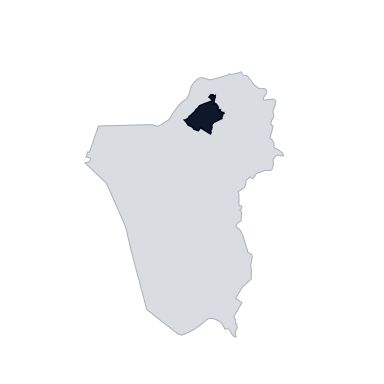 location of Al-Hatra, Ninawa, Iraq, rotated 32°
{"feature_id": "34846034B76064773860715", "entity_name": "Al-Hatra", "entity_type": "district", "adm_level": 2, "iso_a3": "IRQ", "parent_name": "Iraq", "parent_adm1": "Ninawa", "projection": "equal_earth", "projection_center": [42.575, 35.589], "detail": "fine", "context": "in_parent", "style": "filled", "palette": "ink", "viewbox_px": 384, "rotation_deg": 32, "n_neighbors": 0, "source": "geoboundaries", "source_scale": "gbopen_adm2", "svg_char_len": 5947}
<svg xmlns="http://www.w3.org/2000/svg" viewBox="0 0 384 384"><g transform="rotate(32 192 192)"><path d="M160.8,72.1L163.0,71.5L167.1,67.9L169.5,64.5L170.3,64.2L172.4,65.3L173.9,65.6L177.5,64.3L179.6,65.0L181.3,65.8L182.3,65.9L187.1,68.0L188.2,68.3L190.7,68.5L194.3,68.6L196.7,67.3L198.3,65.9L199.5,66.0L200.6,66.3L201.6,66.8L202.4,67.8L202.8,69.2L202.7,73.8L203.0,75.0L203.7,75.8L204.5,76.0L205.5,75.0L207.2,73.6L209.3,72.0L210.9,70.6L211.8,70.0L213.2,70.1L214.6,70.4L215.4,71.1L215.4,71.3L216.2,73.4L218.1,81.3L219.2,82.3L220.4,83.2L221.3,84.4L221.7,85.6L221.6,87.4L221.6,89.6L222.2,91.2L222.9,92.5L223.5,93.1L224.5,93.1L225.7,93.4L226.5,94.7L229.1,103.8L229.4,105.0L230.4,105.3L232.1,105.2L233.9,106.1L235.9,107.6L237.7,110.4L238.9,110.8L242.7,110.4L247.8,110.9L250.3,112.3L250.0,113.2L248.2,114.2L244.9,115.3L244.0,117.3L243.5,119.8L243.6,121.3L244.4,122.8L246.8,126.0L246.9,127.1L247.4,128.7L247.8,129.8L247.4,131.9L245.3,133.3L242.5,134.9L237.0,141.9L236.7,143.4L236.7,147.6L236.2,148.7L234.4,148.7L233.1,148.5L233.0,150.0L232.1,151.9L231.7,153.6L233.8,157.6L234.1,159.7L233.8,161.6L232.0,164.9L230.9,167.2L231.2,167.7L232.6,168.6L237.4,175.9L238.9,178.5L240.8,177.8L241.6,177.8L242.1,178.3L242.5,179.1L242.5,180.2L242.1,181.9L244.6,182.5L245.5,184.2L248.5,189.9L248.4,191.6L247.0,194.4L247.0,196.2L247.4,197.8L247.8,198.3L252.1,198.6L254.0,199.2L258.5,202.1L263.6,206.7L267.9,210.3L271.5,213.5L275.3,213.3L276.3,213.8L277.3,214.8L278.5,217.4L280.7,223.3L282.6,225.2L285.6,229.9L288.4,234.3L286.7,240.3L285.1,246.6L285.2,254.7L285.3,259.0L289.0,259.2L293.1,259.4L293.2,264.6L293.3,269.8L293.5,275.8L294.7,276.0L296.6,277.3L297.5,279.2L298.5,280.3L299.8,280.5L301.0,281.4L302.3,283.1L302.7,284.5L302.4,285.3L302.7,286.9L303.6,289.2L304.7,290.2L306.3,291.5L304.1,292.3L301.8,291.7L296.7,289.1L295.1,289.0L293.0,290.0L292.9,290.9L287.6,288.0L285.6,287.4L285.0,287.3L281.9,287.3L277.6,287.9L275.1,289.1L273.4,290.3L272.6,291.6L272.3,292.2L271.0,295.9L269.5,300.6L267.9,304.9L264.7,310.9L263.0,313.6L259.2,318.8L255.1,319.8L245.5,318.8L234.8,317.7L224.2,316.6L216.3,315.7L215.7,315.4L207.9,308.1L201.7,302.3L194.0,295.1L186.1,287.7L178.1,280.3L172.4,274.8L165.4,267.9L159.0,261.5L154.0,256.6L147.6,252.2L142.6,248.8L135.3,243.8L129.5,239.9L124.5,236.5L116.8,231.3L114.3,229.8L106.3,228.1L98.8,226.6L91.0,225.1L85.8,224.1L89.3,220.4L88.3,217.1L85.8,217.7L83.5,218.5L82.2,213.3L83.9,212.7L82.4,205.9L80.8,199.0L79.3,192.4L77.7,185.6L84.3,181.2L89.3,177.9L96.2,173.4L102.8,169.0L109.1,164.8L116.1,160.2L122.3,156.1L128.0,154.5L129.2,153.2L131.8,147.6L134.0,142.8L134.1,141.7L134.2,134.9L134.6,127.0L135.3,122.8L136.6,119.0L137.8,116.3L137.9,113.8L137.8,111.2L136.6,107.3L135.4,103.2L135.6,99.3L135.8,97.2L136.6,93.9L137.9,91.4L139.4,89.9L144.7,88.3L147.8,87.4L152.1,83.1L154.6,80.5L158.1,76.5L160.6,73.5L160.8,72.5L160.8,72.1Z" fill="#d9dde1" stroke="#a8b0b8" stroke-width="1"/><path d="M147.3,135.0L148.9,135.5L149.7,135.7L150.2,135.8L150.7,136.0L152.2,136.8L153.2,137.3L153.3,137.3L153.6,137.3L156.2,136.9L157.6,136.8L157.9,136.7L158.2,136.6L158.3,136.7L160.1,137.7L160.5,137.7L161.7,137.4L164.0,136.9L164.7,136.8L164.9,136.7L164.9,136.1L165.0,135.2L165.0,134.1L165.0,133.0L166.5,133.0L166.9,133.0L167.1,133.0L167.5,133.0L168.6,133.0L169.0,133.0L169.9,133.0L170.3,133.0L170.7,133.0L173.4,133.0L173.8,133.0L176.8,132.9L176.7,132.5L176.7,132.1L176.6,131.4L176.0,131.2L175.8,130.5L175.4,129.9L175.2,129.5L175.2,129.1L175.3,128.7L175.3,128.3L175.2,128.1L175.0,127.8L174.9,127.7L174.9,126.9L174.7,126.6L174.0,126.0L173.7,125.6L173.6,125.2L173.5,124.8L173.5,124.4L173.4,124.2L173.2,123.8L173.3,123.5L173.3,123.3L173.4,123.1L173.5,122.8L173.3,121.7L173.9,120.9L174.6,119.8L175.6,118.3L176.1,117.4L176.7,116.5L176.9,116.2L176.9,116.3L177.3,115.1L177.7,114.7L177.9,114.5L178.2,114.1L178.4,113.9L178.2,113.8L177.8,113.8L177.7,113.8L177.6,113.1L177.6,112.7L177.6,112.4L177.6,112.2L177.6,111.9L177.5,111.5L177.5,111.3L177.4,111.3L177.2,111.2L177.2,110.8L177.1,110.5L176.9,110.3L176.6,110.0L176.6,109.8L176.6,109.5L176.8,109.4L177.0,109.2L177.5,108.5L177.5,108.4L177.2,108.1L176.8,107.8L176.6,108.0L176.4,108.2L176.2,108.6L176.0,108.8L175.7,108.7L175.4,108.5L175.2,108.5L175.1,108.4L174.9,108.5L174.2,108.6L173.8,108.6L173.7,108.6L173.4,108.4L173.1,108.3L173.0,108.2L172.8,107.8L172.6,107.5L172.6,107.3L172.3,107.2L172.2,107.4L172.2,107.5L172.1,107.8L172.0,108.1L171.9,108.6L171.7,109.0L171.4,108.7L171.0,108.2L170.7,107.8L170.4,107.8L170.0,107.7L169.3,107.5L169.4,106.9L169.4,106.3L169.4,106.1L169.0,106.0L168.5,105.7L168.2,105.6L167.5,105.3L167.1,105.1L166.9,104.9L166.7,104.8L166.3,104.7L166.0,104.7L165.8,104.7L165.7,104.6L165.4,104.6L165.0,104.6L164.9,104.6L164.6,104.9L164.2,105.1L163.8,105.5L163.8,105.3L163.7,105.2L163.7,104.9L163.5,104.6L163.4,104.4L163.2,104.2L162.9,103.9L162.7,103.8L162.2,102.2L161.9,101.4L161.8,101.1L161.7,100.8L161.7,100.3L161.5,99.6L161.4,99.3L161.0,98.6L160.8,98.3L160.7,98.1L160.6,98.4L160.4,98.5L160.2,98.5L159.9,98.5L159.7,98.9L159.6,99.0L159.4,99.0L159.3,98.9L159.2,98.8L159.0,98.7L158.9,98.7L158.7,98.7L158.4,98.4L158.2,98.5L157.8,98.7L157.7,98.8L157.4,98.9L157.2,99.0L156.8,99.3L156.7,99.4L156.7,99.6L156.8,99.8L156.7,100.0L156.3,100.1L156.2,100.3L156.3,100.5L156.5,100.6L156.5,100.8L156.4,101.1L156.3,101.4L156.2,101.9L156.1,102.3L156.1,102.5L156.4,102.5L156.6,102.5L157.1,102.6L157.6,102.6L158.0,102.7L158.2,102.8L158.6,102.9L158.8,102.9L159.3,103.2L159.8,103.3L160.3,103.5L160.7,104.2L160.5,104.4L159.3,106.1L158.1,107.6L157.2,108.7L156.4,109.7L155.5,110.8L154.8,111.9L154.0,113.0L153.1,114.3L152.6,115.1L152.6,116.3L152.5,117.5L152.4,118.1L152.2,118.8L152.0,119.1L151.8,119.6L151.7,119.9L151.8,122.5L151.6,123.0L151.3,123.6L151.2,124.0L151.1,124.5L150.7,126.0L150.6,126.4L150.5,127.0L150.3,127.7L150.3,127.9L150.1,128.3L149.8,128.8L149.5,129.4L150.0,130.7L149.7,131.3L149.3,132.2L148.9,133.0L148.5,133.9L148.1,134.7L147.6,134.9L147.4,134.9L147.3,135.0Z" fill="#0f172a" stroke="#020617" stroke-width="1.5"/></g></svg>